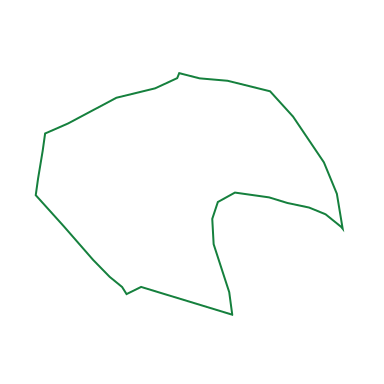 map outline of Renfrewshire (Albers equal-area conic projection), rotated 188°
{"feature_id": "GBR-2008", "entity_name": "Renfrewshire", "entity_type": "Unitary District", "adm_level": 1, "iso_a3": "GBR", "parent_name": "United Kingdom", "parent_adm1": "", "projection": "albers", "projection_center": [-4.557, 55.846], "detail": "fine", "context": "isolated", "style": "outline", "palette": "green", "viewbox_px": 384, "rotation_deg": 188, "n_neighbors": 0, "source": "natural_earth", "source_scale": "10m", "svg_char_len": 607}
<svg xmlns="http://www.w3.org/2000/svg" viewBox="0 0 384 384"><g transform="rotate(188 192 192)"><path d="M135.1,76.1L229.2,90.9L242.6,81.8L248.0,88.2L261.7,96.5L280.6,111.1L314.2,140.2L346.3,167.1L346.3,184.0L345.6,211.8L345.6,227.9L345.6,229.5L324.3,242.6L280.0,274.8L243.0,289.5L222.5,302.7L221.2,307.9L200.3,305.6L172.3,307.1L128.7,302.6L102.4,280.7L65.5,239.7L48.3,210.4L37.7,176.6L39.4,178.2L56.6,188.5L73.9,192.9L96.0,194.4L114.9,197.4L133.8,197.4L149.4,197.4L165.0,185.7L168.2,168.2L163.3,143.3L151.9,119.9L141.2,98.0L135.1,76.2L135.1,76.1Z" fill="none" stroke="#15803d" stroke-width="2"/></g></svg>